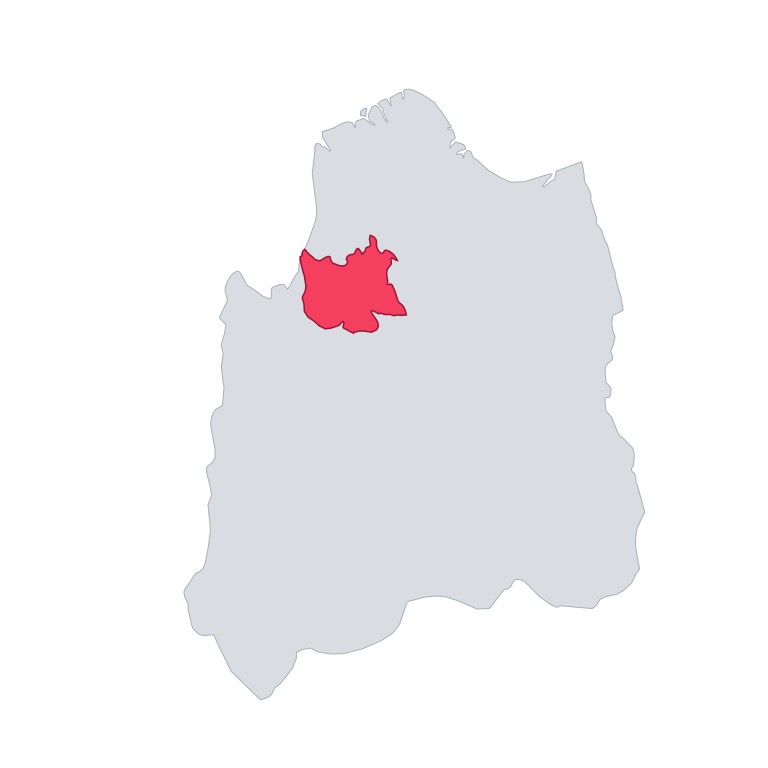 Benue on a map of Nigeria (Equal Earth projection), rotated 163°
{"feature_id": "NGA-2846", "entity_name": "Benue", "entity_type": "State", "adm_level": 1, "iso_a3": "NGA", "parent_name": "Nigeria", "parent_adm1": "", "projection": "equal_earth", "projection_center": [8.494, 7.276], "detail": "fine", "context": "in_parent", "style": "filled", "palette": "rose", "viewbox_px": 768, "rotation_deg": 163, "n_neighbors": 0, "source": "natural_earth", "source_scale": "10m", "svg_char_len": 5598}
<svg xmlns="http://www.w3.org/2000/svg" viewBox="0 0 768 768"><g transform="rotate(163 384 384)"><path d="M594.4,118.0L614.1,153.7L618.4,180.3L620.1,193.4L623.3,194.9L629.3,195.7L633.7,198.3L636.4,202.6L638.1,206.7L638.4,209.1L637.3,225.1L635.8,230.8L636.7,238.7L636.5,242.1L635.8,244.4L633.2,247.0L629.5,249.6L620.7,257.2L618.2,258.3L614.5,258.5L611.4,260.4L607.6,264.5L599.5,279.8L592.6,295.2L587.6,320.1L581.5,327.8L580.4,334.7L579.5,350.3L578.6,355.0L577.6,356.3L570.9,359.3L567.1,362.9L564.8,369.9L562.0,393.9L561.0,397.8L558.8,402.0L555.4,406.5L552.5,409.0L544.8,410.6L537.6,428.6L537.6,431.8L534.4,448.2L528.8,460.5L528.5,468.5L521.5,479.4L517.9,486.8L521.6,494.5L521.9,495.8L509.9,508.9L509.2,510.8L508.7,519.9L507.8,522.3L505.6,525.7L502.3,529.3L499.0,532.2L495.3,534.1L491.7,534.9L489.7,533.7L488.6,531.0L486.5,519.9L485.5,517.5L483.2,515.3L473.9,503.1L468.2,498.8L467.0,499.1L466.1,500.3L464.5,506.5L462.9,508.7L460.0,509.5L454.8,509.6L451.1,508.7L450.2,507.5L448.4,502.7L436.9,513.8L432.9,516.3L427.8,529.4L420.5,536.0L415.5,541.7L402.1,559.6L399.4,564.9L396.8,572.8L391.0,606.4L381.8,627.5L380.5,632.0L380.0,631.8L378.8,633.7L375.2,632.5L373.6,628.6L371.3,628.0L367.5,622.2L366.7,623.2L370.7,637.7L369.2,643.4L357.9,643.5L348.1,645.4L341.4,645.3L338.1,643.2L336.6,637.8L336.0,638.3L335.6,641.2L333.5,643.5L326.0,644.0L322.7,640.2L320.0,636.1L317.1,634.2L317.5,636.0L320.8,640.0L320.4,645.9L314.4,652.6L310.5,653.0L308.1,650.1L306.9,645.4L306.3,638.3L304.7,633.7L303.8,633.7L304.9,641.4L304.9,648.5L307.8,654.0L303.4,655.8L298.1,655.9L297.4,653.9L296.7,649.3L295.8,648.1L294.7,655.9L283.8,658.0L282.2,657.7L281.9,656.3L282.7,654.1L282.5,650.6L280.1,653.3L279.7,658.7L278.3,659.6L274.2,658.8L269.6,656.0L262.3,649.3L253.3,638.2L251.8,633.2L249.2,627.1L244.5,610.4L245.4,609.6L247.5,610.5L248.5,609.0L244.7,607.8L244.0,606.6L243.7,602.9L243.9,598.3L249.6,596.0L250.9,593.2L251.7,590.5L244.7,594.6L238.1,589.9L236.7,587.0L237.4,584.8L245.0,584.7L247.7,582.5L246.1,581.8L243.2,581.9L242.1,580.4L242.2,577.0L241.3,577.8L240.0,580.8L235.6,583.0L233.0,580.8L232.7,575.8L232.2,573.6L230.0,571.8L222.3,558.6L212.5,547.6L203.9,540.0L190.8,536.4L163.5,536.5L161.9,535.5L163.6,533.8L166.0,532.6L174.8,526.5L173.4,525.6L164.2,529.5L161.1,529.8L157.0,537.2L130.1,538.8L130.1,535.5L131.4,525.8L133.1,519.1L131.3,510.9L130.8,503.6L132.0,501.3L132.4,498.6L132.2,479.7L133.6,476.9L133.7,475.0L130.9,467.0L131.0,460.8L130.5,454.9L129.6,452.1L130.8,429.2L130.4,423.5L131.3,419.4L131.9,409.5L131.8,399.9L133.7,384.6L145.3,382.5L148.1,376.5L149.7,368.9L149.3,361.4L153.0,354.9L157.6,349.0L157.4,342.6L158.7,340.7L160.8,339.2L163.9,338.4L167.4,335.2L169.3,329.7L171.2,320.7L168.3,314.5L168.4,313.1L169.5,309.8L171.3,306.4L172.8,305.4L176.1,306.2L177.2,304.9L179.4,295.1L179.2,292.4L176.1,285.8L174.5,268.0L173.6,265.7L171.3,262.4L164.9,249.9L165.1,244.0L167.8,236.4L169.6,232.7L172.1,230.7L172.6,228.9L171.8,226.8L170.6,225.2L170.4,221.8L171.6,217.0L171.3,211.8L172.1,185.0L177.3,179.8L184.9,171.0L188.9,161.9L191.0,155.0L193.7,132.1L197.7,129.6L205.3,121.3L215.7,116.4L222.4,114.9L234.1,115.8L240.1,115.0L245.2,110.5L247.5,109.2L250.7,108.4L280.0,120.3L282.7,119.8L284.9,120.6L288.6,123.8L297.2,134.9L306.2,152.1L309.0,155.7L311.8,157.7L314.7,158.4L316.9,158.2L319.0,156.5L321.8,153.3L326.2,151.8L329.7,152.1L348.0,138.9L349.7,138.7L360.9,141.6L376.2,154.8L388.7,163.4L397.5,166.3L407.9,168.4L425.5,169.0L438.7,150.5L443.6,146.4L449.5,142.8L461.9,139.4L482.3,137.0L501.5,138.0L513.5,141.2L526.1,147.3L531.5,153.0L540.1,154.0L546.2,152.8L548.1,147.1L554.2,139.6L563.4,132.6L570.8,127.7L577.0,125.5L582.5,119.9L586.8,118.2L594.4,118.0ZM326.7,651.4L322.5,653.2L319.8,652.8L323.5,645.1L325.4,646.8L327.9,647.5L326.7,651.4Z" fill="#d9dde1" stroke="#a8b0b8" stroke-width="1"/><path d="M427.1,530.1L426.6,530.1L425.3,530.4L424.7,531.1L423.7,533.7L423.0,534.6L422.2,535.1L420.4,536.0L419.6,534.1L418.4,531.2L413.3,523.1L409.5,520.5L402.7,522.2L400.3,522.3L399.1,521.9L398.3,521.0L398.7,517.5L397.7,514.6L392.5,510.5L389.4,509.1L386.5,508.7L383.7,510.1L383.2,512.0L383.6,514.1L382.8,515.8L381.4,516.8L379.6,517.4L377.7,517.5L376.0,517.1L374.3,517.1L373.1,518.4L371.9,520.0L370.6,521.0L369.2,521.2L368.2,519.7L367.7,517.8L367.3,515.5L366.9,514.6L366.0,514.5L365.8,515.1L365.4,516.0L364.4,516.0L363.4,516.3L361.8,519.1L360.2,519.7L358.5,519.7L356.7,520.0L356.0,521.9L355.6,526.7L353.7,530.2L350.7,527.7L349.3,523.8L350.8,518.4L350.8,515.6L350.3,512.8L349.3,510.5L347.5,509.4L346.0,509.9L344.7,511.2L343.0,511.5L341.3,510.4L339.7,508.9L338.3,507.0L337.1,505.1L335.5,500.5L335.1,498.2L336.7,499.2L338.5,501.3L339.9,502.1L341.0,501.6L341.2,499.0L341.9,496.7L347.5,492.6L349.3,488.6L350.1,484.0L350.2,482.2L350.7,480.5L351.6,478.5L350.5,477.5L348.9,477.8L347.5,476.8L347.0,474.5L346.3,467.6L346.4,461.0L346.2,458.9L345.4,456.8L344.1,455.2L342.9,452.6L342.3,449.7L342.2,446.7L342.5,443.4L344.6,444.1L347.4,444.5L349.4,445.5L350.9,445.9L353.9,446.4L355.4,446.9L357.5,448.6L358.2,449.0L361.9,449.8L363.0,450.4L365.3,452.0L366.7,452.5L368.0,452.7L369.3,453.2L370.3,454.6L372.2,456.1L373.3,457.2L373.8,457.5L374.3,457.7L374.6,457.8L375.2,456.9L374.9,454.9L372.9,448.9L371.9,444.8L372.6,440.8L375.0,438.1L380.6,437.2L389.2,441.1L392.3,441.9L397.0,442.2L398.6,442.0L398.6,441.7L406.7,449.8L404.4,454.5L404.9,455.8L406.2,455.4L409.1,453.6L410.8,453.2L417.4,452.9L423.9,453.9L428.8,458.4L432.6,464.8L437.0,470.1L438.9,476.7L437.2,483.6L436.9,490.4L435.0,492.8L432.9,494.8L431.2,497.7L429.9,501.1L428.5,511.1L428.6,514.8L428.1,524.5L427.1,529.9L427.1,530.1L427.1,530.1Z" fill="#f43f5e" stroke="#9f1239" stroke-width="1.5"/></g></svg>